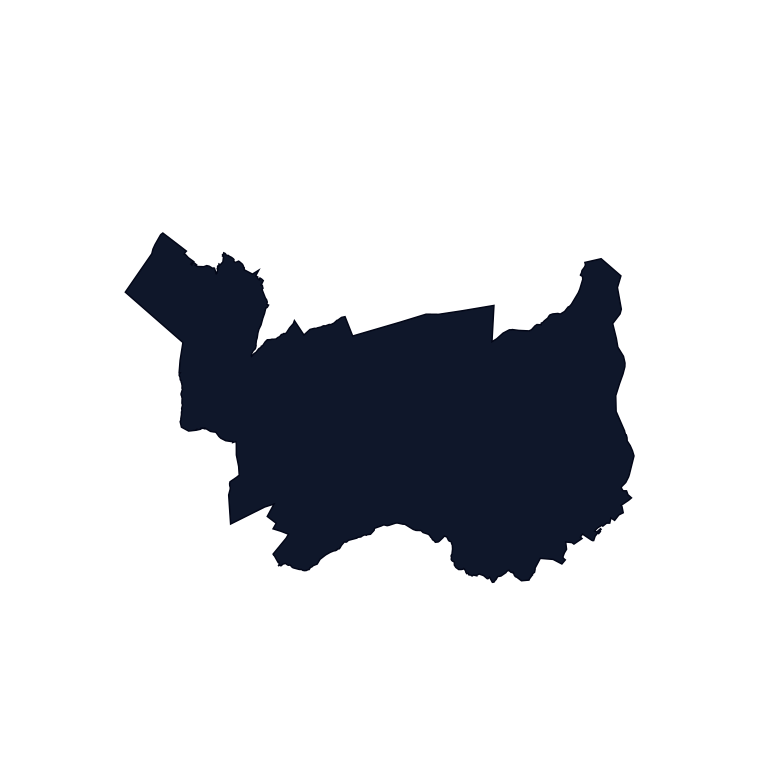 the district of Calpulalpan, Tlaxcala, Mexico, rotated 207°
{"feature_id": "50627088B29705305606348", "entity_name": "Calpulalpan", "entity_type": "district", "adm_level": 2, "iso_a3": "MEX", "parent_name": "Mexico", "parent_adm1": "Tlaxcala", "projection": "natural_earth1", "projection_center": [-98.554, 19.552], "detail": "fine", "context": "isolated", "style": "filled", "palette": "ink", "viewbox_px": 768, "rotation_deg": 207, "n_neighbors": 0, "source": "geoboundaries", "source_scale": "gbopen_adm2", "svg_char_len": 6171}
<svg xmlns="http://www.w3.org/2000/svg" viewBox="0 0 768 768"><g transform="rotate(207 384 384)"><path d="M457.1,189.6L434.5,220.2L427.5,227.1L427.9,213.0L416.8,211.0L417.1,204.6L409.0,206.0L400.9,206.8L401.2,202.1L405.6,182.1L404.6,181.4L403.7,181.2L397.4,177.0L397.0,177.5L395.5,175.9L395.6,173.8L394.7,175.4L393.3,175.2L392.1,177.9L390.2,179.4L387.9,179.0L386.9,179.1L385.4,180.1L382.5,179.0L381.4,179.0L375.3,180.3L373.2,181.3L371.7,181.1L369.9,181.7L368.5,182.6L367.5,184.0L366.5,184.7L366.3,187.0L365.1,188.6L364.6,190.1L361.8,193.2L361.4,198.8L358.4,205.2L355.5,209.6L353.1,212.4L351.6,213.5L350.7,214.6L350.5,215.8L349.1,216.8L348.8,218.1L348.7,220.8L347.7,225.2L346.0,225.9L345.5,226.4L344.7,228.6L338.3,234.3L337.5,235.7L335.2,237.2L334.2,239.1L332.8,240.8L331.0,241.3L330.6,242.1L327.8,244.0L326.4,249.1L326.9,251.0L326.7,251.4L321.9,256.4L320.8,257.9L319.6,258.6L316.9,259.2L315.5,260.3L310.4,265.4L308.8,266.3L303.5,267.7L301.7,268.5L291.9,267.7L289.0,268.1L284.8,270.1L283.9,270.1L281.8,269.4L276.6,270.2L274.9,270.0L272.7,268.7L271.9,268.6L270.0,267.3L268.0,267.1L266.4,266.3L264.1,267.8L263.4,269.0L261.8,273.5L261.2,276.0L260.4,275.9L259.1,276.3L258.2,276.0L255.7,274.1L254.7,273.7L252.5,273.9L251.9,273.5L251.3,272.5L249.9,271.4L248.0,268.1L246.2,263.3L246.3,261.8L246.0,261.0L245.3,260.5L244.5,258.3L243.8,257.7L242.6,257.3L240.9,257.4L240.2,256.7L239.1,254.6L236.7,253.2L233.2,252.6L230.6,254.0L229.3,255.1L229.2,255.8L228.3,255.6L226.4,254.4L225.8,253.6L224.2,252.6L223.0,253.6L221.9,252.5L221.2,252.6L220.7,253.2L218.8,252.9L218.1,253.2L217.6,254.6L217.1,254.5L214.4,255.2L214.8,255.7L214.2,256.0L213.1,257.9L208.3,258.5L203.6,257.4L202.8,257.9L202.3,259.8L197.4,256.5L196.1,257.4L195.7,260.5L195.4,260.6L195.3,264.0L192.6,266.0L189.7,271.4L189.7,272.3L189.0,274.0L188.4,274.6L188.1,274.7L188.1,274.3L186.7,274.3L185.5,273.9L184.2,274.2L183.8,274.9L183.5,274.9L182.9,274.5L183.0,274.1L182.1,273.8L180.8,272.6L179.4,272.0L177.8,272.1L172.2,271.1L165.8,275.1L165.9,276.6L165.3,280.2L165.5,281.0L165.0,281.2L165.4,282.5L164.4,284.6L165.2,287.4L165.8,288.6L165.6,299.6L153.7,304.5L143.8,304.4L142.6,309.6L145.2,310.2L146.1,311.2L146.6,315.3L146.3,319.6L150.4,325.7L144.6,328.0L142.1,327.6L137.4,336.2L139.5,336.8L139.0,340.4L128.2,339.1L126.9,339.2L126.1,339.7L126.8,344.2L126.0,348.2L125.9,348.4L124.8,348.2L124.2,350.8L125.1,351.3L124.6,353.1L125.4,353.4L127.2,348.7L129.6,348.7L128.4,352.7L125.9,356.9L124.5,356.7L122.5,361.1L119.7,362.5L121.0,367.7L116.6,367.2L115.3,374.0L112.4,377.9L116.3,382.8L117.7,383.4L113.2,391.6L111.8,394.9L116.4,396.1L119.4,398.9L122.5,397.4L125.4,399.1L125.7,400.4L123.9,406.0L123.9,412.2L124.3,414.7L128.6,433.4L132.3,437.3L136.7,440.9L141.5,443.7L143.1,446.5L144.9,448.5L145.2,448.1L148.2,451.0L148.2,451.3L164.7,464.9L172.2,478.8L174.3,491.2L175.6,501.4L177.2,508.7L178.8,512.1L183.2,517.4L192.4,523.0L197.6,530.0L207.7,541.7L205.5,553.6L206.5,558.4L219.8,575.9L222.0,587.9L247.4,594.2L260.2,583.5L258.9,582.0L258.5,581.2L258.4,579.1L259.1,575.1L258.4,572.3L258.5,570.7L258.3,570.1L256.0,570.0L254.4,567.4L252.6,557.5L252.3,553.5L253.2,540.1L253.9,537.4L254.9,536.2L256.0,530.6L258.7,526.3L261.1,525.8L265.5,523.0L267.5,520.9L267.9,519.3L268.0,517.1L269.8,513.1L270.4,510.9L271.5,509.6L270.8,508.1L274.7,506.4L275.9,504.2L277.2,499.4L278.8,497.2L288.3,492.9L294.5,490.7L295.1,490.1L296.9,489.2L301.0,483.4L304.1,475.4L307.0,470.7L321.7,503.9L347.2,485.0L366.9,470.9L378.2,465.3L397.5,446.6L433.7,412.5L449.3,426.3L452.1,424.0L454.1,420.0L454.8,419.4L456.2,415.6L458.2,412.9L459.9,412.1L462.8,408.9L463.9,408.7L465.2,407.4L465.5,406.6L468.8,403.8L469.7,402.7L471.3,402.0L474.7,399.0L477.6,391.3L492.6,399.8L492.2,396.6L493.6,391.1L494.2,385.2L495.0,383.8L496.1,383.6L496.7,382.6L497.9,381.4L498.5,378.7L499.6,377.4L500.7,375.0L503.1,373.5L504.1,373.1L505.3,372.0L508.1,370.4L509.0,367.6L509.5,363.2L510.5,361.8L510.2,361.3L510.4,360.4L511.5,358.8L512.4,354.2L513.6,352.0L514.5,348.5L515.1,348.9L515.2,350.1L515.6,350.6L515.7,351.9L515.6,354.3L514.8,356.4L514.8,357.7L515.4,360.1L516.2,361.4L517.5,364.9L517.9,367.4L519.5,372.1L520.3,375.9L520.4,380.8L521.8,387.4L522.5,392.6L523.7,397.6L523.7,398.4L523.3,398.5L522.8,399.5L522.7,401.9L524.7,401.8L525.2,404.0L526.8,405.7L528.8,406.8L535.1,412.4L535.6,413.2L535.3,414.3L536.2,415.4L536.6,415.6L536.8,416.2L537.4,416.6L538.4,416.4L538.5,421.3L540.5,421.9L542.6,422.1L542.6,420.2L544.8,420.9L545.0,422.0L547.4,422.1L547.3,428.5L551.1,422.2L560.3,422.3L561.3,424.0L561.9,423.3L561.8,423.7L562.7,425.1L564.4,426.4L567.1,427.1L569.3,427.5L571.4,425.0L572.8,424.8L573.7,425.4L574.2,426.8L575.3,427.2L577.3,427.6L580.0,427.6L581.1,427.9L582.1,427.4L583.5,427.3L584.1,427.9L585.0,428.2L586.3,428.1L586.0,427.4L586.5,425.9L586.2,425.8L586.0,424.7L585.0,424.6L584.5,423.8L583.0,419.7L584.0,415.9L585.5,416.0L584.7,413.9L585.7,413.6L585.5,412.8L584.8,412.1L585.0,411.5L584.6,411.4L584.7,410.8L584.1,410.5L584.1,410.0L583.6,409.5L583.6,407.5L583.2,406.8L583.5,406.1L587.7,410.2L588.2,410.2L589.2,409.3L593.3,409.6L595.7,409.0L597.8,406.7L603.3,404.1L605.8,404.1L605.2,405.1L608.7,405.9L609.2,404.5L609.2,402.7L610.6,403.1L610.2,405.0L609.2,406.7L615.7,407.7L619.4,409.1L620.9,409.0L620.9,411.1L620.4,412.7L649.6,418.1L650.6,416.0L650.8,415.1L651.3,404.3L651.1,399.4L650.0,394.6L656.2,348.4L582.0,329.7L576.4,312.5L571.6,300.9L570.6,301.4L570.8,299.6L570.4,298.7L568.7,297.3L567.4,295.2L566.3,294.8L565.8,293.9L564.7,292.9L563.0,290.7L562.1,288.5L561.2,287.9L560.4,283.3L559.8,282.1L559.3,281.9L556.8,278.9L556.9,278.5L555.5,275.5L555.0,274.7L554.0,274.0L553.2,270.4L552.2,268.9L551.7,267.9L551.8,267.2L550.5,264.7L549.3,260.9L548.7,259.8L548.5,257.9L544.9,253.6L536.7,253.4L530.6,257.4L530.8,257.8L530.1,258.7L529.6,258.2L526.7,260.6L527.0,261.6L525.0,262.3L525.1,262.6L523.3,262.7L523.5,263.5L517.1,263.0L513.5,264.1L513.4,264.4L511.7,264.6L507.2,262.3L504.7,261.6L499.3,261.6L492.8,263.8L492.7,264.1L492.4,264.0L492.2,263.2L490.0,265.4L489.7,265.3L488.5,263.8L483.3,253.7L476.1,244.6L471.7,237.2L471.5,236.6L472.1,236.0L473.0,233.9L476.8,227.0L476.3,225.1L475.3,223.4L474.0,222.0L473.3,220.5L472.0,214.6L457.1,189.6Z" fill="#0f172a" stroke="#020617" stroke-width="1.5"/></g></svg>